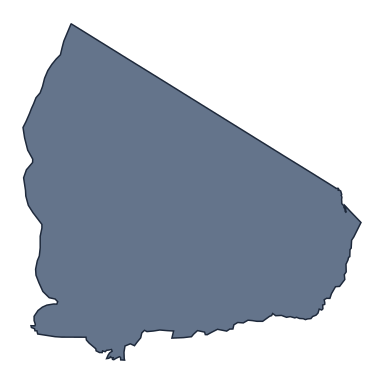 Muynak, Karakalpakstan, Uzbekistan
{"feature_id": "79887680B8314614924968", "entity_name": "Muynak", "entity_type": "district", "adm_level": 2, "iso_a3": "UZB", "parent_name": "Uzbekistan", "parent_adm1": "Karakalpakstan", "projection": "robinson", "projection_center": [59.714, 44.364], "detail": "fine", "context": "isolated", "style": "filled", "palette": "slate", "viewbox_px": 384, "rotation_deg": 0, "n_neighbors": 0, "source": "geoboundaries", "source_scale": "gbopen_adm2", "svg_char_len": 2488}
<svg xmlns="http://www.w3.org/2000/svg" viewBox="0 0 384 384"><path d="M252.4,320.6L256.9,321.3L262.7,321.3L269.6,316.3L271.6,315.6L272.7,313.5L275.7,315.7L281.5,315.4L286.5,317.3L290.2,316.6L294.8,317.9L296.6,317.3L299.6,318.5L303.3,318.7L305.4,319.6L307.6,318.9L310.9,318.6L312.6,316.5L316.0,315.2L318.0,313.1L319.2,309.1L321.7,310.0L322.9,308.8L322.7,305.0L324.7,304.4L324.8,302.9L324.2,299.7L326.6,298.3L329.9,298.4L331.5,293.6L335.5,286.7L339.6,286.4L344.8,279.5L344.3,274.6L346.2,271.9L346.0,264.2L347.9,260.2L348.6,257.4L349.8,256.6L350.0,249.6L351.2,248.1L351.6,240.2L353.7,237.1L361.0,222.5L360.8,222.3L353.3,214.5L350.1,211.2L345.6,206.3L344.9,205.6L345.2,207.0L345.7,207.4L345.7,210.7L346.2,211.8L345.8,212.2L345.2,211.5L345.0,209.3L343.8,207.1L343.8,206.7L344.2,206.2L344.0,205.7L342.7,204.7L341.9,203.7L341.7,203.1L341.8,202.4L341.6,199.3L341.9,197.5L341.6,196.1L341.2,195.3L341.7,194.4L340.7,191.0L339.6,190.3L339.0,189.8L338.8,190.2L338.3,190.3L338.1,190.1L338.1,189.5L338.5,188.8L338.1,188.3L335.9,188.4L335.5,187.9L308.9,171.3L283.1,155.4L152.6,74.3L127.5,58.8L99.0,41.1L71.3,23.9L71.0,24.0L63.8,41.2L62.1,47.7L60.4,54.8L56.3,58.9L51.9,64.3L47.8,70.6L44.6,78.2L42.5,86.5L40.1,92.9L36.0,97.7L33.6,103.8L31.5,108.4L29.5,113.6L26.1,121.4L23.0,127.5L24.6,137.9L27.7,150.1L32.7,159.1L32.6,162.5L26.4,169.8L23.6,177.8L25.5,190.3L25.8,196.0L28.3,205.3L33.0,212.7L41.9,224.4L41.9,228.1L40.2,236.2L40.2,241.7L40.2,247.9L39.3,256.0L37.3,260.8L35.6,269.2L36.0,275.2L39.0,282.9L42.9,291.5L49.2,297.7L55.1,299.0L57.7,301.7L56.8,304.1L53.6,304.0L46.9,305.1L42.4,307.1L38.0,310.5L34.1,316.3L34.1,320.6L35.3,324.2L34.9,325.8L31.0,325.7L31.4,327.5L34.5,328.7L35.0,330.8L36.9,330.8L37.7,334.0L55.1,336.7L61.6,337.1L86.0,337.2L86.4,340.0L88.9,342.9L95.8,348.8L96.1,350.8L99.4,352.5L102.2,352.6L102.6,350.9L105.2,351.7L106.6,350.3L108.5,350.1L111.5,349.5L112.1,351.2L109.6,352.9L108.2,355.0L106.6,358.6L108.8,358.3L110.7,356.7L111.2,357.8L113.2,357.7L112.6,359.4L113.8,359.7L115.9,358.4L119.4,356.7L120.5,357.4L120.7,359.9L124.6,360.1L124.2,358.2L124.0,352.1L125.0,346.0L130.3,343.8L134.5,345.7L137.0,342.3L140.7,337.8L141.8,332.9L144.5,330.3L146.9,331.6L153.5,331.0L159.8,330.0L166.8,330.6L173.6,331.0L171.9,338.1L183.6,337.6L191.5,336.7L193.6,334.2L197.5,330.6L204.6,332.1L205.3,334.6L207.2,334.7L211.4,332.4L217.5,329.3L222.1,330.2L226.7,331.1L229.7,329.1L232.9,329.0L233.9,324.8L237.7,322.5L243.3,322.9L248.0,320.2L252.4,320.6Z" fill="#64748b" stroke="#1e293b" stroke-width="1.5"/></svg>